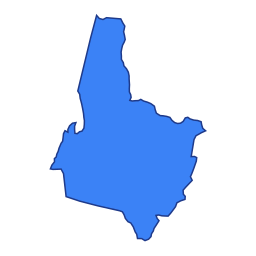 the district of Rio do Oeste, Santa Catarina, Brazil
{"feature_id": "56859067B83214012071559", "entity_name": "Rio do Oeste", "entity_type": "district", "adm_level": 2, "iso_a3": "BRA", "parent_name": "Brazil", "parent_adm1": "Santa Catarina", "projection": "albers", "projection_center": [-49.834, -27.144], "detail": "fine", "context": "isolated", "style": "filled", "palette": "blue", "viewbox_px": 256, "rotation_deg": 0, "n_neighbors": 0, "source": "geoboundaries", "source_scale": "gbopen_adm2", "svg_char_len": 1874}
<svg xmlns="http://www.w3.org/2000/svg" viewBox="0 0 256 256"><path d="M96.6,15.4L90.7,37.6L77.8,91.0L79.7,94.3L80.2,98.4L80.9,100.9L81.7,104.0L82.7,108.9L83.5,113.4L83.9,117.5L84.4,120.6L84.3,124.5L83.9,128.2L81.9,131.2L79.6,131.7L77.2,133.7L74.9,133.3L74.6,129.7L74.6,126.2L75.9,122.6L72.5,123.2L69.6,125.8L67.9,129.4L67.9,132.2L65.0,130.7L63.5,133.7L63.1,137.6L62.6,141.3L61.1,143.3L60.1,145.7L59.0,148.3L58.2,151.3L56.8,154.2L56.2,157.0L54.4,158.6L54.5,161.8L51.9,165.1L50.4,168.9L52.9,169.4L61.1,169.1L63.5,173.6L66.1,196.6L79.6,201.1L95.0,205.1L98.1,205.9L119.8,210.8L122.4,211.8L124.1,214.8L125.4,218.5L128.0,221.7L130.8,223.0L133.3,226.9L135.2,231.9L136.7,234.2L137.5,238.5L141.7,238.6L145.0,240.6L148.6,239.2L151.0,236.6L151.5,233.8L153.3,231.0L154.0,228.5L156.1,225.3L159.0,220.7L157.2,218.6L156.0,215.4L158.7,215.0L161.8,215.8L165.1,216.0L168.1,216.1L170.5,213.4L173.0,210.1L175.5,206.7L176.9,202.8L180.7,200.8L185.0,199.4L185.2,196.3L183.4,194.3L183.1,190.2L185.7,187.2L192.2,180.3L190.4,176.7L191.6,174.1L192.8,171.0L194.1,167.5L195.4,163.7L196.3,161.2L196.7,157.6L194.5,156.5L191.2,156.6L194.0,139.6L196.0,135.7L198.6,134.3L201.4,132.7L205.6,130.8L202.8,128.4L201.7,124.9L201.1,121.7L197.6,120.5L193.8,120.1L190.0,118.9L187.8,117.3L185.3,117.9L183.2,121.4L180.5,123.2L177.6,123.5L174.7,122.6L172.0,120.4L169.9,117.4L166.7,116.4L163.1,115.8L160.2,115.6L156.4,113.2L155.2,109.7L154.4,106.2L150.8,103.6L147.5,102.2L143.5,101.0L140.8,99.4L138.4,100.6L135.4,100.7L132.2,101.0L129.8,100.4L131.1,97.4L130.7,94.7L129.4,92.0L129.3,88.8L129.5,84.8L129.3,81.9L129.1,78.8L129.1,75.9L128.3,72.1L126.5,68.8L123.9,65.8L123.3,62.6L121.4,59.4L121.4,56.0L121.1,52.1L121.8,48.3L122.6,45.1L124.1,42.3L125.2,39.5L124.5,35.5L123.6,31.7L124.2,29.2L124.8,26.1L122.9,23.1L120.8,18.9L106.5,17.7L103.0,19.5L99.3,18.5L96.6,15.4Z" fill="#3b82f6" stroke="#1e3a8a" stroke-width="1.5"/></svg>